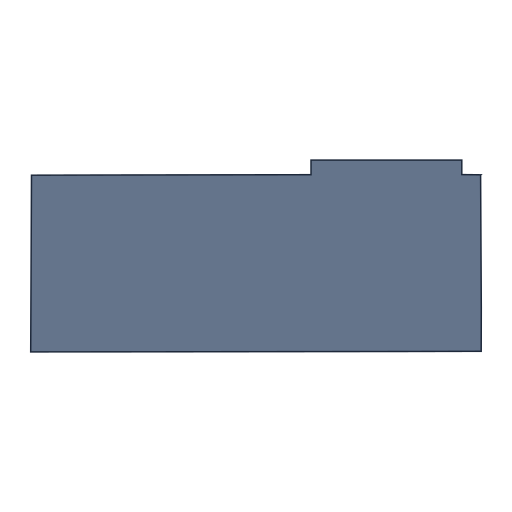 Stark, North Dakota, United States of America (Natural Earth projection)
{"feature_id": "52423323B36823497446374", "entity_name": "Stark", "entity_type": "district", "adm_level": 2, "iso_a3": "USA", "parent_name": "United States of America", "parent_adm1": "North Dakota", "projection": "natural_earth1", "projection_center": [-102.534, 46.82], "detail": "fine", "context": "isolated", "style": "filled", "palette": "slate", "viewbox_px": 512, "rotation_deg": 0, "n_neighbors": 0, "source": "geoboundaries", "source_scale": "gbopen_adm2", "svg_char_len": 298}
<svg xmlns="http://www.w3.org/2000/svg" viewBox="0 0 512 512"><path d="M110.0,175.0L31.5,175.2L30.7,351.9L151.2,351.8L401.5,351.5L481.2,351.3L481.3,307.6L480.6,175.1L480.9,174.8L461.8,174.6L461.8,160.1L311.0,160.1L311.0,174.7L110.0,175.0Z" fill="#64748b" stroke="#1e293b" stroke-width="1.5"/></svg>